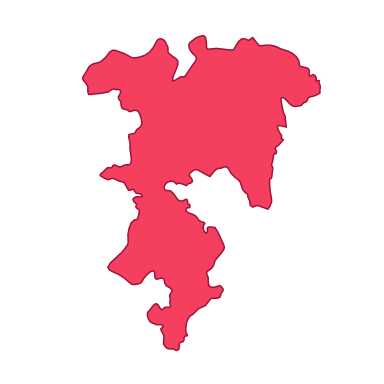 outline of Puebla, rotated 185°
{"feature_id": "MEX-2724", "entity_name": "Puebla", "entity_type": "State", "adm_level": 1, "iso_a3": "MEX", "parent_name": "Mexico", "parent_adm1": "", "projection": "mercator", "projection_center": [-97.844, 19.359], "detail": "fine", "context": "isolated", "style": "filled", "palette": "rose", "viewbox_px": 384, "rotation_deg": 185, "n_neighbors": 0, "source": "natural_earth", "source_scale": "10m", "svg_char_len": 6050}
<svg xmlns="http://www.w3.org/2000/svg" viewBox="0 0 384 384"><g transform="rotate(185 192 192)"><path d="M114.4,229.1L115.1,226.5L115.0,225.6L114.0,224.0L113.6,222.8L113.9,213.2L114.4,212.3L115.8,211.1L115.2,205.7L114.2,199.6L112.3,192.6L111.8,189.3L112.5,186.6L113.4,183.9L114.1,182.6L115.0,181.5L124.5,184.1L127.2,183.9L129.0,182.8L130.2,182.3L131.3,182.7L132.9,184.1L133.8,188.3L135.9,191.9L136.3,194.3L137.1,195.1L138.3,195.7L139.8,196.9L141.1,198.2L142.2,199.8L144.6,205.5L145.5,206.8L147.5,208.6L150.6,210.5L154.8,214.1L158.5,219.4L160.8,220.1L162.9,219.4L164.9,218.3L167.1,217.9L169.5,217.0L171.7,214.6L175.5,208.9L178.2,210.0L187.9,214.4L190.2,214.7L192.5,213.6L195.8,210.5L196.3,208.6L195.1,206.9L193.4,205.1L192.5,203.1L192.6,202.7L193.1,201.5L194.1,200.8L196.6,199.9L197.3,198.7L198.3,197.9L203.6,199.5L206.5,199.6L208.3,198.5L208.9,199.3L211.5,201.0L214.6,200.8L217.5,199.4L219.5,197.0L220.3,194.1L219.4,192.1L217.4,191.2L214.6,191.5L213.3,191.1L212.1,190.3L209.9,188.3L205.3,183.0L203.5,182.1L201.6,182.1L199.9,182.7L198.2,183.9L196.6,184.3L195.8,183.0L195.3,181.0L194.7,179.6L193.8,179.5L193.1,179.0L192.8,178.3L192.7,177.3L193.1,176.1L194.9,176.0L195.9,175.5L196.7,172.7L193.7,171.0L189.5,169.9L186.7,168.7L185.1,167.3L182.5,164.3L180.6,163.4L177.1,162.6L176.5,161.6L177.7,159.7L177.7,156.5L176.2,153.6L174.2,152.3L173.2,153.9L173.6,157.2L173.2,158.1L171.5,158.7L170.1,158.8L166.0,158.6L163.2,155.0L160.6,150.6L155.7,141.9L154.9,139.4L155.5,137.0L157.0,134.6L160.4,129.4L163.0,126.0L163.6,122.8L164.5,120.0L166.0,117.5L168.4,115.5L170.3,113.6L170.3,111.8L168.3,108.0L168.1,104.2L166.8,100.0L164.2,98.7L160.8,99.3L156.2,101.1L155.4,100.9L154.7,100.4L153.1,98.8L152.5,97.7L152.4,96.6L154.1,93.7L154.9,90.0L156.5,88.7L158.1,88.3L163.1,87.7L164.3,87.0L168.7,80.1L175.3,76.3L180.6,70.1L182.0,69.2L183.2,68.0L184.2,66.6L185.7,62.9L186.1,60.7L186.3,56.1L186.2,53.6L185.7,51.4L184.3,49.5L184.1,48.5L186.6,47.6L187.1,46.3L187.2,43.2L187.9,42.1L190.4,41.2L191.3,40.2L191.4,38.5L191.2,34.9L192.2,33.4L193.3,32.8L194.5,32.9L196.7,34.1L201.4,33.7L203.2,34.1L205.6,36.0L207.0,38.0L207.3,40.2L207.2,45.1L207.9,47.3L210.2,50.7L211.3,52.6L209.2,55.2L209.1,56.3L210.8,57.2L215.2,56.7L216.5,57.0L220.5,58.1L222.7,59.4L224.6,62.1L225.7,65.2L225.8,67.9L225.2,69.0L224.4,69.7L220.7,75.6L219.3,77.0L217.5,77.6L216.1,76.8L213.9,73.7L212.0,72.1L211.0,72.4L210.1,73.7L208.6,74.9L207.2,75.1L204.2,75.1L203.4,76.1L204.4,79.5L204.5,81.3L204.2,83.2L204.3,84.1L205.3,86.3L205.1,87.6L204.6,88.8L203.3,91.3L203.8,93.2L205.4,94.4L209.1,96.2L209.9,96.9L211.1,98.6L211.6,100.8L212.4,102.5L213.6,103.5L215.4,103.5L219.4,102.0L221.0,102.6L221.7,104.6L222.1,108.3L222.8,109.5L223.8,110.0L224.4,110.0L226.8,108.6L229.5,105.8L232.9,101.2L233.7,99.0L234.9,97.1L237.2,95.8L241.7,94.7L244.0,94.9L246.2,96.2L252.2,100.5L258.7,103.9L263.6,105.5L267.4,107.1L269.2,109.7L267.2,114.2L261.9,119.9L259.5,122.8L257.0,125.3L254.2,129.2L251.4,134.2L251.2,136.6L252.1,144.0L251.5,150.4L249.8,156.2L246.7,159.4L244.8,159.5L243.7,161.4L243.2,164.0L242.8,169.1L243.8,170.1L245.3,170.8L246.5,171.9L246.6,172.8L246.2,174.7L246.6,175.4L249.2,177.4L250.2,179.5L249.3,181.1L247.5,182.2L245.4,182.6L242.2,182.6L241.3,183.2L242.2,185.0L243.4,185.7L246.7,185.9L248.1,186.3L250.6,189.6L251.8,189.3L254.2,188.2L255.4,188.3L256.9,190.2L259.9,194.9L261.6,195.9L266.0,196.6L271.5,198.7L273.7,198.3L275.8,197.2L276.9,197.0L278.0,197.2L280.8,198.3L283.7,199.6L284.9,200.4L284.9,201.2L284.3,202.5L282.5,203.9L279.2,208.1L277.9,208.9L277.2,209.1L275.6,208.9L274.7,209.0L274.0,209.5L273.2,211.3L271.9,212.3L270.0,211.8L267.9,211.0L265.9,210.6L264.6,211.1L262.1,212.7L260.7,213.2L257.1,213.8L256.0,214.2L255.2,216.8L255.4,220.2L257.6,229.9L257.8,233.4L258.2,236.0L259.8,241.0L259.9,243.3L259.0,244.1L255.2,245.1L254.1,245.9L252.4,249.4L249.1,252.2L248.0,255.1L248.3,258.4L249.4,261.7L251.2,265.7L252.7,267.5L253.6,268.1L255.5,268.5L257.1,268.2L260.4,266.7L261.7,266.8L263.7,268.2L267.2,268.7L268.2,268.9L269.1,269.5L270.1,271.7L270.7,275.5L273.2,278.5L273.7,280.2L272.1,283.7L271.8,285.7L272.7,287.3L274.1,287.7L277.3,287.3L278.9,288.0L280.3,287.5L284.3,284.2L285.7,283.8L288.4,283.2L292.4,282.1L297.5,281.2L300.5,280.5L303.5,280.2L304.4,282.4L305.0,288.0L306.3,290.1L309.9,293.7L310.9,295.4L310.5,297.5L307.6,303.1L305.8,307.3L304.6,309.0L301.4,311.1L295.2,313.3L293.9,314.4L290.5,317.7L288.4,320.6L286.4,324.0L283.6,326.3L280.4,326.4L270.9,323.8L263.8,320.6L261.7,320.5L256.9,321.5L250.9,324.0L246.6,327.6L243.3,332.3L240.2,339.3L239.3,340.7L238.1,341.6L236.6,341.9L235.1,341.7L233.7,341.2L232.5,340.3L231.6,339.0L228.6,334.1L228.1,329.4L227.2,328.2L223.6,325.7L220.2,323.9L218.7,322.7L217.5,321.2L217.2,317.8L218.3,313.3L221.0,305.1L221.0,300.8L218.0,302.2L214.1,305.3L211.5,306.1L210.1,305.7L208.8,307.0L202.1,319.2L199.8,322.9L199.3,324.8L199.7,326.7L200.8,328.2L203.2,329.9L204.5,331.2L206.5,333.6L207.6,336.0L208.0,339.1L206.6,341.2L201.5,345.8L200.3,346.6L195.2,348.7L193.6,348.6L192.5,347.7L191.8,346.3L190.9,343.2L190.0,337.2L189.4,336.2L188.3,335.7L180.1,337.2L166.8,336.8L164.0,337.0L162.9,337.7L162.1,339.0L160.6,342.5L158.5,346.2L155.8,348.9L152.2,349.2L148.9,347.9L145.0,351.2L139.2,345.0L137.9,343.9L136.9,343.5L130.6,344.8L127.2,345.0L123.8,344.8L119.6,343.8L116.7,342.5L108.4,340.6L103.8,338.7L99.9,335.9L97.1,332.1L95.7,327.1L94.6,326.5L87.9,325.5L86.4,324.5L85.7,322.8L85.4,318.6L84.1,318.0L81.4,319.6L79.6,318.6L78.7,317.5L78.1,316.3L77.9,314.9L78.0,313.4L75.0,314.0L75.1,312.4L73.4,308.5L73.4,303.6L73.1,301.9L75.4,300.1L77.5,298.9L79.7,297.9L82.4,297.2L84.3,296.1L85.5,292.5L87.0,291.2L88.5,290.6L90.7,287.8L91.9,287.3L96.1,286.3L98.0,286.2L99.9,286.8L101.7,287.8L107.1,292.7L109.4,294.0L111.3,293.5L111.4,292.2L111.1,290.0L108.6,281.3L107.7,278.8L105.9,275.8L105.0,270.9L104.3,268.2L103.8,264.9L109.8,265.9L111.7,265.7L112.4,264.9L112.5,263.8L111.2,260.8L109.4,258.1L107.8,256.5L107.5,255.2L107.9,253.3L105.5,252.0L109.6,246.4L113.2,243.4L112.6,241.9L111.4,240.1L111.3,238.0L112.1,237.3L113.5,237.5L113.9,235.9L114.4,229.1Z" fill="#f43f5e" stroke="#9f1239" stroke-width="1.5"/></g></svg>